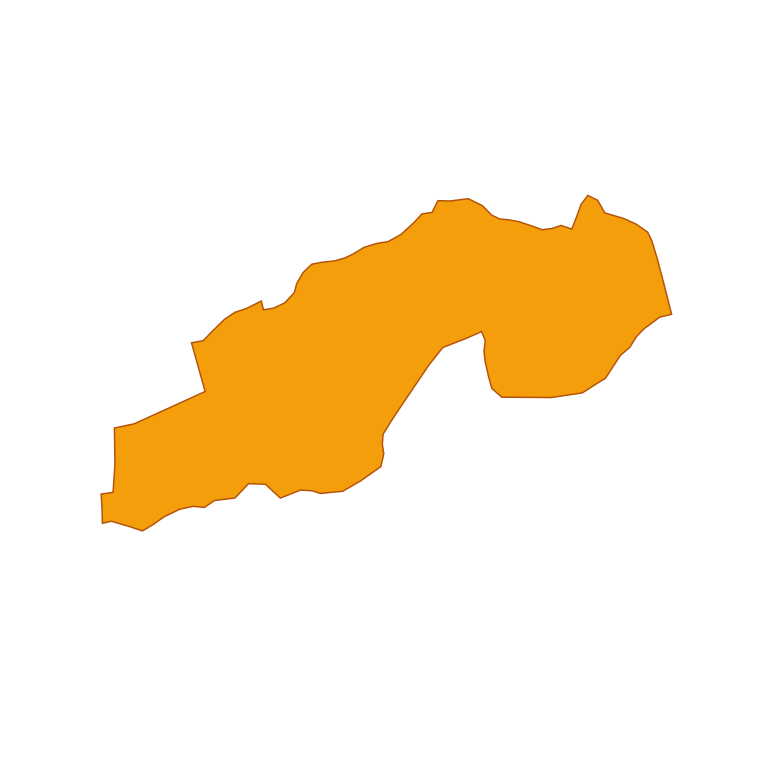 Sarandi, Paraná, Brazil, rotated 35°
{"feature_id": "56859067B2105412976878", "entity_name": "Sarandi", "entity_type": "district", "adm_level": 2, "iso_a3": "BRA", "parent_name": "Brazil", "parent_adm1": "Paraná", "projection": "albers", "projection_center": [-51.867, -23.477], "detail": "fine", "context": "isolated", "style": "filled", "palette": "amber", "viewbox_px": 768, "rotation_deg": 35, "n_neighbors": 0, "source": "geoboundaries", "source_scale": "gbopen_adm2", "svg_char_len": 1418}
<svg xmlns="http://www.w3.org/2000/svg" viewBox="0 0 768 768"><g transform="rotate(35 384 384)"><path d="M442.8,112.6L442.4,123.8L445.5,135.2L449.0,149.4L438.0,152.6L432.5,160.2L425.0,166.9L414.7,169.7L401.3,173.7L392.5,177.7L384.0,182.5L375.4,183.9L362.3,181.5L346.7,183.9L333.0,196.3L323.0,202.9L324.9,215.9L317.5,222.9L316.1,233.7L312.2,251.7L305.6,265.1L297.7,272.7L289.3,283.5L284.1,295.3L279.7,303.1L273.1,311.3L263.2,320.0L256.2,327.2L253.8,339.0L254.9,351.8L258.1,360.6L256.2,374.4L250.0,385.2L242.7,392.4L235.9,386.4L228.3,400.6L220.8,410.8L216.2,422.6L212.9,440.6L211.1,452.1L202.7,460.7L241.8,492.7L202.2,559.9L188.4,574.7L209.7,604.1L224.2,628.2L215.4,636.4L224.8,648.2L233.2,659.6L239.4,652.8L257.2,646.8L270.4,642.9L275.6,631.3L280.0,618.9L288.4,603.9L297.8,593.7L307.7,588.1L311.9,576.7L327.3,562.9L330.2,543.3L344.4,534.1L364.5,536.9L376.5,518.7L386.4,512.7L394.8,510.1L401.4,504.3L411.7,495.6L420.5,476.6L428.8,453.4L423.8,441.2L417.4,434.6L412.1,425.8L411.2,411.4L410.8,397.0L409.9,343.2L411.2,320.5L417.4,311.1L424.9,299.9L433.9,285.1L441.8,290.1L447.2,299.9L454.1,307.7L465.9,318.4L474.9,325.8L488.1,327.2L529.0,299.0L551.6,277.4L557.7,262.5L562.1,252.3L561.2,224.9L564.3,213.1L563.6,200.5L565.3,189.7L571.5,171.1L579.6,161.9L555.0,140.7L536.3,124.9L521.2,113.0L512.9,108.4L499.0,108.4L485.2,111.0L466.8,117.2L453.6,111.0L442.8,112.6Z" fill="#f59e0b" stroke="#b45309" stroke-width="1.5"/></g></svg>